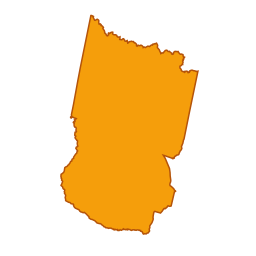 El Pangui, Zamora Chinchipe, Ecuador, rotated 282°
{"feature_id": "8360857B57489769890627", "entity_name": "El Pangui", "entity_type": "district", "adm_level": 2, "iso_a3": "ECU", "parent_name": "Ecuador", "parent_adm1": "Zamora Chinchipe", "projection": "orthographic", "projection_center": [-78.54, -3.624], "detail": "fine", "context": "isolated", "style": "filled", "palette": "amber", "viewbox_px": 256, "rotation_deg": 282, "n_neighbors": 0, "source": "geoboundaries", "source_scale": "gbopen_adm2", "svg_char_len": 5745}
<svg xmlns="http://www.w3.org/2000/svg" viewBox="0 0 256 256"><g transform="rotate(282 128 128)"><path d="M230.3,68.3L177.5,68.8L163.4,69.1L139.6,69.8L129.1,69.9L128.8,70.0L127.9,70.5L127.3,70.1L126.9,69.6L126.7,69.6L126.3,69.7L125.9,70.3L126.0,70.5L127.2,71.2L127.2,71.4L126.9,72.8L126.6,73.3L126.6,74.9L126.4,75.5L126.1,75.3L125.8,74.7L125.1,74.4L124.8,73.9L124.4,74.1L124.0,74.7L123.1,74.7L122.8,74.2L122.8,73.6L122.2,73.3L121.8,73.5L121.3,74.5L120.1,74.5L118.7,75.0L117.8,75.8L117.9,76.6L117.1,77.4L114.8,77.6L113.8,78.3L113.3,78.1L113.0,77.2L112.8,77.1L109.9,77.4L109.6,77.7L109.2,78.6L108.8,78.6L107.9,78.2L107.4,78.3L106.7,78.9L105.8,80.1L105.3,80.5L105.2,81.1L104.9,81.3L103.8,81.5L102.5,81.5L101.5,81.9L100.7,82.1L99.9,82.7L98.8,82.0L98.7,81.5L97.4,81.2L95.9,82.5L95.5,83.3L95.0,83.5L94.0,83.0L92.7,83.1L91.6,82.2L88.2,80.9L87.5,80.9L87.0,81.1L85.8,79.8L83.9,79.8L83.5,79.0L83.3,78.8L81.8,78.6L81.1,78.1L79.9,77.8L79.2,77.0L77.9,76.5L76.8,75.0L76.0,74.4L72.8,74.6L71.8,74.5L70.0,73.4L68.8,72.2L67.0,72.4L66.3,72.6L65.9,73.0L65.1,73.0L64.4,73.8L63.2,73.9L62.6,74.9L62.1,75.2L59.2,74.8L58.1,74.4L57.8,74.5L57.0,76.1L55.4,77.0L54.9,77.5L54.8,77.8L54.8,78.5L54.3,79.0L53.6,79.1L52.4,78.9L51.8,79.5L51.0,79.4L49.6,80.8L48.6,81.1L46.9,81.0L45.4,81.8L44.3,82.0L43.9,82.3L43.0,85.4L43.0,86.9L42.1,88.0L42.2,90.2L41.7,90.7L40.9,90.8L40.1,91.4L39.2,92.2L38.6,93.4L37.9,96.7L37.7,97.2L36.7,98.1L36.1,99.3L36.1,100.3L35.8,101.6L35.9,102.1L36.4,102.7L35.2,105.1L33.8,107.0L33.3,108.1L32.2,108.5L31.7,108.9L31.0,110.8L31.1,112.3L30.8,112.9L30.5,114.7L30.3,115.1L29.7,115.7L29.3,116.8L28.7,117.3L28.5,119.8L28.7,120.8L28.5,121.5L27.8,122.6L27.2,124.1L26.4,125.1L26.5,125.8L25.8,127.1L26.0,128.2L25.9,128.8L26.1,129.1L25.8,130.0L26.3,130.8L26.5,132.5L26.1,133.4L26.1,134.2L25.7,134.7L26.2,135.2L25.5,135.8L25.8,136.7L26.2,136.9L26.0,137.9L26.6,138.9L26.5,139.1L25.7,139.2L25.6,139.4L25.9,140.7L26.9,141.4L26.6,142.1L26.6,142.9L27.2,143.5L28.4,144.4L27.8,145.1L28.2,145.7L28.0,146.8L28.6,147.3L28.2,148.0L28.2,148.6L28.3,148.8L28.9,148.7L29.2,148.9L28.9,149.7L29.1,151.1L28.7,151.6L28.6,152.9L28.8,153.2L29.2,153.4L29.5,154.1L29.6,154.7L29.5,155.2L29.8,155.7L29.5,156.2L29.7,156.6L29.7,157.4L30.2,158.0L30.4,159.4L30.2,160.0L30.5,160.5L30.2,161.2L30.3,161.5L29.8,161.6L29.7,161.8L29.5,163.4L28.3,164.4L27.8,164.6L27.6,165.0L27.5,165.5L28.0,166.0L28.2,167.8L29.3,168.7L29.6,169.6L31.8,170.5L33.1,169.9L33.8,169.8L34.9,170.1L36.8,169.6L40.3,171.1L43.5,171.6L44.6,171.5L45.3,171.1L46.0,171.1L47.0,170.9L51.0,170.8L52.1,171.6L51.9,172.7L51.6,177.5L53.9,178.8L56.5,179.8L56.9,180.2L56.6,180.8L56.7,181.1L57.3,181.4L57.8,182.1L58.2,182.2L58.7,182.7L59.6,182.9L60.3,183.4L60.0,184.4L60.4,185.9L60.7,186.4L75.1,186.7L75.8,187.5L76.1,187.7L76.4,187.4L77.0,186.2L77.9,185.6L78.8,184.3L80.0,182.2L80.2,181.4L80.6,181.0L81.1,180.7L82.7,180.6L84.2,180.9L85.8,180.7L90.0,179.2L93.1,178.4L97.0,177.0L106.1,170.7L108.7,168.2L108.6,169.7L107.7,176.6L107.7,177.0L107.3,177.8L107.3,178.4L107.5,178.5L108.1,178.5L108.0,179.1L108.2,179.5L108.8,179.3L109.8,179.6L109.8,179.8L110.3,180.1L110.7,180.7L111.2,180.9L111.7,181.4L111.8,181.9L112.4,183.0L113.2,183.3L114.2,183.3L115.6,183.7L116.2,183.7L117.0,184.3L118.8,184.9L119.3,184.9L120.1,184.5L121.3,184.1L122.0,184.4L122.6,184.4L124.3,184.8L128.0,184.8L128.7,185.1L156.2,184.8L198.0,184.6L197.8,184.3L197.9,183.7L197.6,183.6L197.4,183.0L197.8,181.7L197.7,180.0L197.9,179.0L197.7,177.9L197.3,177.3L196.6,176.9L196.6,176.5L195.9,176.5L195.8,176.1L195.2,176.3L195.1,175.9L194.6,175.3L195.8,174.1L195.7,172.9L195.3,172.7L195.2,172.4L194.5,172.0L194.8,171.8L194.6,171.5L194.8,171.3L194.5,171.2L194.5,170.2L194.8,169.8L194.8,169.1L195.1,168.5L195.3,168.2L195.8,168.1L196.6,167.6L197.5,166.3L199.2,165.9L200.0,166.9L201.4,167.8L201.5,168.3L202.0,168.2L202.3,167.9L203.6,168.2L204.6,167.6L205.2,167.9L205.5,167.6L206.0,167.9L206.4,167.6L207.1,168.2L207.5,167.8L207.9,167.8L208.1,168.2L209.0,168.6L209.2,167.5L209.8,167.3L209.9,166.9L211.2,166.5L211.2,166.0L211.5,165.2L211.0,163.9L211.7,162.7L212.5,161.7L213.0,161.4L213.3,161.0L212.9,160.5L212.9,158.7L212.6,158.4L212.6,157.8L211.9,157.2L211.0,157.0L210.7,156.7L210.4,156.7L210.1,157.0L209.8,156.9L209.3,156.2L209.4,155.5L209.9,155.1L210.3,155.0L211.2,153.1L211.6,152.6L211.3,152.0L211.2,151.3L212.2,149.8L211.7,148.5L211.3,148.1L210.5,147.9L210.0,147.4L208.7,146.8L208.6,146.5L208.6,145.8L208.1,145.4L207.6,144.6L208.6,144.3L209.3,143.4L210.9,142.4L212.7,140.1L213.3,139.9L215.1,139.8L216.9,138.3L216.4,137.7L216.3,137.1L215.8,136.9L215.8,136.2L215.3,135.5L215.3,135.0L214.2,134.7L214.1,133.7L213.0,132.7L212.2,132.3L212.2,130.4L210.3,128.2L210.6,126.9L209.9,126.2L210.5,126.0L210.8,125.6L211.5,124.5L211.7,123.7L211.7,123.3L211.3,123.0L210.9,122.1L211.1,120.9L210.6,120.6L209.9,119.9L210.2,119.2L211.5,119.1L212.7,117.5L212.6,116.6L213.1,116.2L213.2,115.6L213.7,115.3L213.4,113.9L213.6,113.3L213.2,112.7L213.0,111.9L212.7,111.4L211.1,110.3L211.0,110.1L212.1,109.8L213.4,109.0L212.7,108.2L212.4,108.2L212.4,107.0L212.6,106.7L213.3,106.4L213.7,105.7L214.4,105.2L214.0,104.2L213.0,103.6L212.9,101.5L213.9,101.5L215.5,101.2L215.2,100.8L215.1,100.1L214.8,99.5L215.2,98.3L216.2,97.8L216.3,97.3L216.6,96.9L216.6,96.5L216.3,95.0L216.5,94.0L216.8,93.4L218.2,93.3L218.6,93.1L218.4,92.3L217.6,91.0L216.9,90.7L216.6,90.1L216.6,89.8L217.0,89.4L216.9,89.2L215.8,89.1L215.1,89.6L214.8,89.2L214.1,89.1L213.9,88.8L213.8,88.4L214.6,87.3L215.2,87.1L216.2,85.4L216.7,85.4L218.3,84.6L220.0,82.8L220.4,82.7L220.8,82.8L221.1,83.1L221.3,83.0L222.4,81.7L222.6,80.3L223.4,80.3L224.1,79.2L224.0,78.6L223.5,78.3L223.6,78.1L224.6,77.6L227.2,77.0L227.6,76.4L228.0,75.4L227.7,74.8L226.5,73.6L226.5,72.9L229.5,70.6L230.0,70.9L230.5,69.0L230.3,68.3Z" fill="#f59e0b" stroke="#b45309" stroke-width="1.5"/></g></svg>